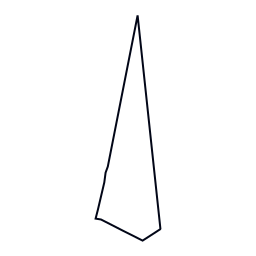 N'beiket Lehouach, Hodh ech Chargui, Mauritania
{"feature_id": "47542326B78705057775708", "entity_name": "N'beiket Lehouach", "entity_type": "district", "adm_level": 2, "iso_a3": "MRT", "parent_name": "Mauritania", "parent_adm1": "Hodh ech Chargui", "projection": "natural_earth1", "projection_center": [-6.344, 18.2], "detail": "fine", "context": "isolated", "style": "outline", "palette": "ink", "viewbox_px": 256, "rotation_deg": 0, "n_neighbors": 0, "source": "geoboundaries", "source_scale": "gbopen_adm2", "svg_char_len": 280}
<svg xmlns="http://www.w3.org/2000/svg" viewBox="0 0 256 256"><path d="M160.1,229.3L160.4,228.7L137.6,15.4L107.8,166.6L105.6,172.6L104.5,180.9L104.3,182.4L97.9,209.7L95.6,218.6L101.0,219.5L123.3,230.9L142.6,240.6L160.1,229.3Z" fill="none" stroke="#020617" stroke-width="2"/></svg>